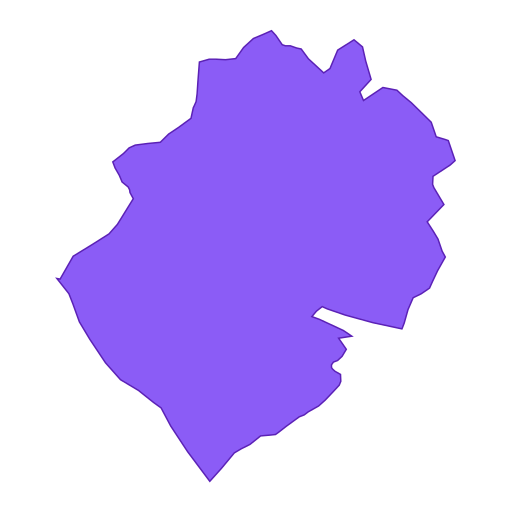 the district of Kifri, Diyala, Iraq
{"feature_id": "34846034B3098543652793", "entity_name": "Kifri", "entity_type": "district", "adm_level": 2, "iso_a3": "IRQ", "parent_name": "Iraq", "parent_adm1": "Diyala", "projection": "robinson", "projection_center": [44.994, 34.558], "detail": "fine", "context": "isolated", "style": "filled", "palette": "violet", "viewbox_px": 512, "rotation_deg": 0, "n_neighbors": 0, "source": "geoboundaries", "source_scale": "gbopen_adm2", "svg_char_len": 1739}
<svg xmlns="http://www.w3.org/2000/svg" viewBox="0 0 512 512"><path d="M209.8,481.3L221.5,468.3L234.3,452.9L241.4,448.7L250.0,444.4L260.6,435.9L269.9,435.1L275.5,434.5L278.7,432.2L286.1,426.4L299.3,416.8L304.2,414.9L308.3,411.8L318.6,406.0L325.1,400.2L332.8,392.1L339.2,385.2L340.8,381.3L340.5,374.4L335.0,371.3L332.5,369.0L331.5,367.5L331.5,364.8L333.4,362.1L337.6,360.5L342.1,356.3L346.3,349.3L338.6,338.2L351.8,336.2L343.4,330.5L319.3,319.3L311.9,316.6L316.4,311.2L322.2,306.6L327.3,308.9L345.0,315.0L373.0,322.7L401.6,328.8L401.9,328.9L402.3,328.0L404.2,323.1L408.0,309.6L412.9,298.3L413.2,297.7L413.6,297.5L421.2,293.8L429.1,288.4L429.6,288.0L429.8,287.5L432.5,281.5L437.6,270.7L444.7,258.1L445.3,257.0L442.1,251.1L438.0,239.1L433.5,231.6L427.2,221.8L443.9,204.5L433.9,187.7L432.6,184.4L433.0,176.3L450.2,165.0L455.1,160.6L448.3,140.6L445.2,139.5L436.2,136.8L431.2,122.2L411.3,102.7L402.7,95.6L396.9,90.2L382.9,87.5L363.5,100.5L359.8,91.8L371.1,79.4L365.7,61.0L362.5,46.9L354.0,39.8L337.7,50.1L330.0,68.5L323.7,72.9L308.4,58.8L301.2,49.0L296.6,48.0L290.3,45.8L285.4,45.8L282.2,44.7L275.9,35.5L271.5,30.7L262.7,34.6L253.4,38.5L243.6,47.5L235.7,58.6L225.5,59.7L215.7,59.2L209.2,59.2L199.4,62.0L198.0,80.4L197.1,93.8L196.1,101.6L194.1,106.1L193.3,107.7L191.0,118.3L178.0,127.8L168.7,134.0L160.3,142.3L147.7,143.5L135.2,145.1L129.1,147.9L123.5,153.5L112.8,161.9L115.1,168.0L119.3,175.3L122.1,182.0L128.2,187.0L129.6,189.8L130.0,192.6L133.3,198.7L128.1,207.1L117.4,224.4L109.0,233.9L92.3,244.5L73.2,256.2L60.1,279.1L56.9,278.5L68.9,293.7L72.9,303.9L79.4,321.9L89.9,339.4L105.5,362.8L120.5,379.7L138.6,390.5L142.8,393.9L153.6,402.5L161.1,407.9L170.7,426.0L187.7,451.8L209.8,481.3Z" fill="#8b5cf6" stroke="#5b21b6" stroke-width="1.5"/></svg>